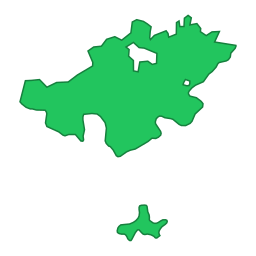 the district of Fergana, Ferghana, Uzbekistan
{"feature_id": "79887680B63252769213541", "entity_name": "Fergana", "entity_type": "district", "adm_level": 2, "iso_a3": "UZB", "parent_name": "Uzbekistan", "parent_adm1": "Ferghana", "projection": "equal_earth", "projection_center": [71.801, 40.219], "detail": "fine", "context": "isolated", "style": "filled", "palette": "green", "viewbox_px": 256, "rotation_deg": 0, "n_neighbors": 0, "source": "geoboundaries", "source_scale": "gbopen_adm2", "svg_char_len": 2662}
<svg xmlns="http://www.w3.org/2000/svg" viewBox="0 0 256 256"><path d="M235.9,45.4L214.6,42.0L219.4,31.5L212.0,31.9L206.2,35.6L200.4,31.7L200.7,28.5L196.9,23.6L189.9,24.9L191.3,17.8L188.1,15.4L184.4,18.2L184.0,26.5L179.8,26.6L179.0,21.0L176.5,22.6L176.3,34.1L168.7,37.2L168.0,33.4L166.1,30.8L154.4,35.4L150.4,39.6L149.7,37.7L150.2,31.6L151.1,26.8L147.2,23.8L143.4,21.4L136.7,19.7L132.3,22.0L130.9,32.9L121.7,40.2L114.8,36.7L106.6,39.3L101.4,46.2L93.7,47.0L88.0,51.0L92.8,62.4L92.6,66.0L77.4,75.0L68.2,82.0L56.6,82.5L46.9,87.2L39.5,79.6L31.5,80.4L25.4,80.7L20.0,101.8L21.9,104.0L26.1,107.3L30.2,108.9L32.3,108.9L36.4,110.0L45.1,110.2L46.3,111.8L46.8,113.8L45.5,122.9L46.9,126.5L58.8,131.9L63.1,135.2L65.0,135.8L68.7,134.5L75.4,134.5L80.9,141.0L82.8,141.2L83.6,139.9L83.1,136.1L84.5,129.7L82.9,119.9L82.9,116.8L83.7,114.3L91.9,113.5L97.1,114.0L100.5,116.5L105.1,122.6L106.4,128.1L105.2,140.9L105.9,142.5L106.2,143.4L108.7,146.1L110.3,146.6L113.2,150.0L116.3,155.7L117.9,156.7L120.3,156.3L126.5,151.9L130.3,150.2L135.3,149.0L148.0,141.5L152.0,138.2L155.7,138.5L158.4,137.2L160.7,135.1L161.1,133.3L160.6,131.4L155.6,123.8L155.3,122.0L156.2,118.8L157.8,117.1L159.4,116.1L161.7,116.2L164.8,117.7L170.6,118.6L172.9,119.3L179.1,124.4L181.4,125.5L185.6,125.6L190.1,123.4L192.0,121.3L195.1,114.0L202.6,107.0L203.0,103.7L201.2,101.4L196.4,97.7L189.9,96.1L188.6,94.2L188.4,92.7L189.2,91.0L192.0,87.8L195.5,85.2L203.4,81.7L208.8,74.1L212.2,71.5L216.1,67.1L217.9,63.6L219.2,62.5L226.3,60.9L228.4,59.7L230.3,57.0L230.8,53.2L235.1,48.4L236.0,46.1L235.9,45.4ZM156.9,53.4L156.5,63.4L152.2,64.4L147.8,61.2L139.8,62.0L138.1,71.8L133.5,70.9L133.4,60.5L128.6,56.2L129.1,49.6L126.0,47.0L133.4,42.4L139.1,47.6L144.2,48.1L156.9,53.4ZM189.0,85.5L186.9,85.8L183.1,84.7L183.7,82.5L185.4,79.5L189.8,81.0L189.8,83.8L189.0,85.5ZM153.2,223.0L151.2,221.6L149.7,220.5L149.3,219.5L149.4,217.1L149.1,214.9L147.8,211.9L147.4,209.0L147.0,206.3L146.1,205.3L144.3,205.1L141.2,205.3L139.7,205.9L139.1,207.3L139.1,209.5L139.5,212.6L139.1,216.0L138.0,218.3L135.8,220.7L133.3,222.4L129.6,224.0L124.4,224.5L120.8,224.9L119.0,226.4L117.9,228.0L117.2,230.8L117.5,232.5L119.2,233.6L121.5,234.1L124.3,234.1L125.7,234.9L126.9,236.7L127.8,238.8L129.3,240.3L130.0,240.6L131.0,240.5L131.8,239.4L135.3,232.7L137.4,230.0L138.2,229.8L139.1,229.9L141.4,232.5L143.1,234.1L144.5,234.5L145.9,234.4L147.1,234.0L151.0,234.8L153.9,236.3L155.4,237.9L156.8,238.0L159.9,235.6L159.3,234.6L158.8,232.7L159.2,230.8L160.4,228.7L162.0,226.7L165.3,224.3L166.8,222.8L167.2,221.4L166.9,220.4L165.7,219.8L162.9,219.8L160.9,220.8L157.9,222.7L156.2,223.3L154.3,223.3L153.2,223.0Z" fill="#22c55e" stroke="#15803d" stroke-width="1.5"/></svg>